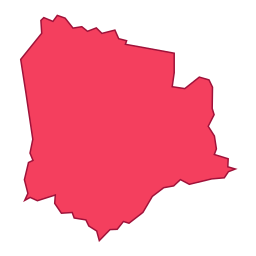 Knott, Kentucky, United States of America
{"feature_id": "52423323B14843567841968", "entity_name": "Knott", "entity_type": "district", "adm_level": 2, "iso_a3": "USA", "parent_name": "United States of America", "parent_adm1": "Kentucky", "projection": "mercator", "projection_center": [-82.938, 37.349], "detail": "fine", "context": "isolated", "style": "filled", "palette": "rose", "viewbox_px": 256, "rotation_deg": 0, "n_neighbors": 0, "source": "geoboundaries", "source_scale": "gbopen_adm2", "svg_char_len": 857}
<svg xmlns="http://www.w3.org/2000/svg" viewBox="0 0 256 256"><path d="M126.6,40.7L118.7,38.7L114.9,30.1L101.9,33.4L96.3,27.9L87.5,31.3L81.8,26.7L73.0,28.1L65.1,18.1L57.3,15.4L52.9,21.4L43.8,17.6L40.9,20.4L41.7,33.3L20.7,59.4L25.9,92.7L32.8,139.3L30.0,153.1L33.0,160.4L28.5,162.5L24.4,179.7L27.9,193.4L24.7,200.4L30.2,197.4L37.4,200.7L55.3,195.0L54.7,203.4L61.4,213.2L72.2,212.5L74.2,218.0L85.9,219.9L88.8,226.0L96.7,231.0L99.3,240.6L110.0,229.6L117.2,229.3L123.4,221.5L129.0,223.2L142.9,212.4L152.3,196.4L163.7,187.7L173.7,185.9L180.4,179.6L189.3,184.3L211.7,178.9L224.3,177.8L228.4,171.7L235.3,169.0L227.8,166.8L228.2,158.8L214.3,154.5L216.4,148.9L214.4,136.0L208.2,126.3L214.1,114.7L212.2,108.5L212.5,87.2L209.0,79.9L199.3,77.1L184.8,88.6L172.2,86.7L174.2,72.7L174.2,53.2L125.4,44.3L126.6,40.7Z" fill="#f43f5e" stroke="#9f1239" stroke-width="1.5"/></svg>